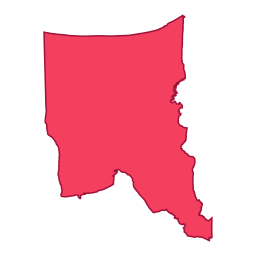 Pueblo Viejo, Colombia (Mercator projection)
{"feature_id": "7082276B85256872918621", "entity_name": "Pueblo Viejo", "entity_type": "district", "adm_level": 2, "iso_a3": "COL", "parent_name": "Colombia", "parent_adm1": "", "projection": "mercator", "projection_center": [-74.321, 10.832], "detail": "fine", "context": "isolated", "style": "filled", "palette": "rose", "viewbox_px": 256, "rotation_deg": 0, "n_neighbors": 0, "source": "geoboundaries", "source_scale": "gbopen_adm2", "svg_char_len": 5845}
<svg xmlns="http://www.w3.org/2000/svg" viewBox="0 0 256 256"><path d="M183.3,16.1L182.8,15.4L176.5,19.3L172.3,21.6L169.4,22.8L167.4,24.2L166.8,25.4L165.9,25.9L165.1,25.8L163.3,27.1L163.4,27.3L160.0,28.9L160.0,28.7L159.5,28.9L159.0,29.4L154.7,30.7L148.6,32.1L142.7,33.2L128.8,35.4L111.3,36.1L98.8,35.8L84.7,36.2L79.2,36.1L68.7,35.5L65.7,35.0L56.7,34.2L51.0,33.5L44.0,32.2L46.0,107.8L46.4,110.8L45.3,119.0L45.2,122.0L45.6,123.1L46.2,123.4L46.7,124.3L46.8,128.1L47.9,134.3L48.7,135.1L52.1,137.3L54.4,140.0L55.0,141.2L55.7,141.9L56.6,144.6L57.8,145.6L58.6,147.9L59.3,152.6L59.4,155.9L59.3,157.2L59.0,157.7L59.3,158.6L58.9,162.6L59.1,163.9L58.8,166.1L59.0,168.1L58.1,174.5L58.9,177.0L59.0,179.3L59.4,180.8L59.9,181.9L60.2,183.9L60.7,184.2L60.8,184.9L61.4,186.0L61.5,188.3L61.9,189.6L62.0,190.6L61.8,192.5L60.9,194.6L61.4,196.2L62.8,196.6L65.8,196.8L74.5,195.5L75.6,195.0L77.4,195.0L78.1,195.3L78.4,195.7L78.3,196.6L78.4,197.1L79.9,198.5L80.3,198.5L80.6,197.5L80.5,196.4L81.0,195.3L82.2,194.6L84.9,194.2L84.5,193.6L83.7,193.7L83.8,193.3L87.4,193.3L93.4,192.7L94.5,192.3L97.2,191.8L97.7,190.9L102.6,189.7L105.2,188.7L109.3,186.5L110.2,186.3L111.1,185.5L113.4,184.3L113.3,183.3L113.6,181.6L113.4,181.1L113.8,179.6L113.9,177.6L113.7,176.6L113.9,176.8L114.1,176.4L113.8,176.0L113.1,176.0L116.2,173.4L116.9,172.5L117.4,171.3L117.2,171.0L116.6,171.0L116.1,171.4L115.5,171.2L115.2,170.8L114.9,171.2L114.6,171.1L114.3,172.1L114.2,171.5L114.4,170.6L114.7,170.2L118.4,169.5L119.9,170.2L120.9,171.4L121.9,172.0L125.7,172.5L126.3,173.5L127.5,174.0L127.9,174.8L129.2,174.8L129.8,175.6L131.3,176.6L131.6,177.6L132.5,178.6L132.5,179.7L132.8,181.2L133.7,182.1L133.3,183.4L133.4,185.1L134.1,187.4L135.0,188.8L138.0,192.3L139.2,194.2L143.9,199.1L145.4,201.3L145.6,202.0L146.1,202.4L146.8,204.1L148.1,205.8L149.0,207.6L153.2,212.4L154.0,212.7L155.3,212.1L159.2,211.5L160.6,210.4L164.1,210.2L165.2,210.4L165.6,210.2L166.1,209.5L166.5,209.4L166.7,209.6L167.0,210.5L169.0,212.6L170.1,212.8L170.8,213.7L172.2,213.3L172.5,214.5L173.4,214.8L173.8,215.3L175.0,215.9L175.1,216.4L174.4,217.5L174.5,218.1L175.6,218.1L176.0,218.7L176.6,218.9L177.6,218.2L178.0,218.3L178.0,219.5L178.3,221.1L179.6,223.4L180.8,224.1L182.6,224.7L183.0,224.6L183.6,223.8L184.3,224.1L184.9,225.1L185.0,226.1L184.6,227.0L183.7,227.4L183.4,227.9L183.5,228.5L184.4,229.3L184.2,230.1L184.4,230.9L184.2,231.9L184.5,232.2L185.4,232.5L187.7,235.9L188.6,235.9L193.1,236.9L193.6,236.8L194.6,237.3L197.7,236.4L199.1,237.0L202.2,237.2L209.3,240.6L209.6,240.1L208.8,239.7L208.7,238.9L209.2,238.2L209.5,237.4L210.1,237.3L210.3,237.9L210.7,238.1L211.8,237.5L212.0,237.2L211.7,231.1L211.9,217.9L208.8,220.7L208.4,220.8L207.9,220.3L206.6,220.1L206.1,219.3L205.4,219.2L205.3,218.6L204.4,217.9L204.2,217.2L203.6,216.7L203.2,216.9L202.5,215.8L201.9,215.8L201.6,215.4L200.5,215.5L200.0,215.1L199.4,215.5L199.0,215.2L199.0,214.0L199.9,213.6L199.9,213.3L199.5,213.0L199.9,212.8L199.9,212.0L200.6,211.7L200.4,210.9L200.8,210.6L201.3,209.7L201.3,208.7L200.9,208.1L201.2,207.4L201.7,207.0L201.6,206.0L202.1,205.1L202.3,203.9L201.6,203.2L201.5,202.6L200.9,202.6L199.3,200.6L199.3,200.1L198.3,200.1L197.4,200.5L197.1,200.2L195.5,196.7L194.1,191.4L193.4,190.6L192.8,181.9L193.0,180.0L192.8,177.1L193.2,174.7L193.2,172.8L192.3,169.8L192.4,169.0L193.8,166.3L194.7,163.5L195.0,162.1L194.7,158.9L194.3,158.0L193.6,157.7L193.2,156.9L192.5,156.6L190.3,156.5L188.9,155.9L188.5,155.7L187.7,154.3L186.1,153.3L185.3,153.2L185.1,152.3L184.1,151.1L181.5,149.6L181.9,148.6L181.0,148.2L180.8,147.5L181.8,144.6L182.5,144.3L184.9,141.5L184.8,141.2L185.3,141.2L185.7,140.4L185.7,139.7L186.1,139.0L185.9,137.6L186.2,137.0L186.1,134.3L187.0,128.2L187.0,127.9L183.8,127.6L182.9,127.0L182.6,126.5L179.6,125.0L178.9,124.0L178.1,121.9L178.5,121.0L178.1,119.5L178.6,117.9L178.7,116.6L179.2,115.8L180.6,115.0L180.9,113.7L180.8,113.3L179.9,113.5L179.1,113.1L179.0,112.5L179.4,111.4L178.5,111.0L178.5,110.6L179.4,109.1L180.8,107.6L182.3,107.8L182.3,105.6L180.2,103.1L179.7,102.7L179.3,102.7L179.0,103.0L179.1,104.0L178.9,104.2L177.1,104.0L176.2,103.4L175.5,101.9L174.9,101.3L174.3,101.3L172.6,102.7L171.8,102.8L171.1,102.1L170.5,100.9L171.6,100.7L171.3,99.4L172.8,99.1L172.4,99.7L172.6,99.9L173.4,99.3L173.0,99.0L173.3,98.8L173.7,98.9L173.6,98.7L173.8,98.4L173.6,98.2L173.9,98.0L173.5,97.7L173.6,96.9L172.4,97.0L172.6,97.2L172.3,97.2L172.0,96.5L172.5,96.2L172.6,96.7L173.0,96.6L172.8,96.3L173.1,95.8L172.8,95.5L173.4,95.1L173.8,95.5L173.7,96.1L173.9,95.7L174.3,95.7L174.0,95.6L174.1,95.3L174.8,95.4L174.8,95.7L174.5,95.8L175.3,95.9L175.6,95.6L174.9,95.5L175.7,94.3L175.3,94.3L175.7,94.0L175.3,94.0L175.4,93.2L174.9,92.8L175.4,92.6L175.3,92.2L176.5,92.5L176.0,91.9L175.5,92.1L175.8,91.6L176.3,91.7L175.7,90.9L175.4,91.1L175.5,90.4L175.2,90.5L175.2,90.9L175.0,91.0L174.9,90.3L174.5,90.4L174.8,90.1L174.3,89.7L174.7,89.7L175.2,88.3L174.9,88.0L174.6,88.2L174.5,87.7L174.4,88.2L174.1,88.0L174.2,87.7L174.0,87.2L174.3,86.9L174.0,86.5L174.0,86.0L174.6,85.9L175.0,86.1L174.8,87.0L175.8,86.5L176.1,87.1L176.4,85.5L175.6,86.1L175.8,86.5L175.6,86.5L175.1,86.2L175.6,85.8L175.8,85.3L175.4,85.5L175.1,85.0L175.2,84.8L175.6,84.9L176.4,84.2L176.7,84.5L177.0,84.3L177.0,84.6L177.2,84.3L177.9,84.7L177.5,84.2L177.8,84.0L177.9,83.5L177.0,84.0L177.2,83.6L176.8,83.3L177.1,83.1L176.9,82.8L177.5,82.8L177.8,82.2L178.6,82.2L178.8,82.3L178.5,82.7L178.7,83.2L179.0,82.2L179.4,81.9L179.3,81.6L179.9,81.1L180.4,81.2L180.3,80.9L180.8,80.2L181.0,80.5L181.6,80.2L182.1,80.5L183.0,79.5L183.6,79.8L183.6,79.3L183.1,78.9L183.5,78.7L183.9,78.9L184.3,78.6L184.8,78.8L185.2,78.5L185.3,76.6L184.8,72.4L183.6,68.9L183.8,65.4L183.7,64.6L182.2,62.9L182.2,61.2L181.7,59.0L181.9,52.8L181.8,48.9L182.3,45.9L182.5,34.2L183.0,29.5L183.0,24.4L183.3,22.8L183.2,18.1L183.8,17.5L185.2,16.7L184.7,16.9L184.6,16.6L183.5,17.4L182.8,16.4L183.3,16.1Z" fill="#f43f5e" stroke="#9f1239" stroke-width="1.5"/></svg>